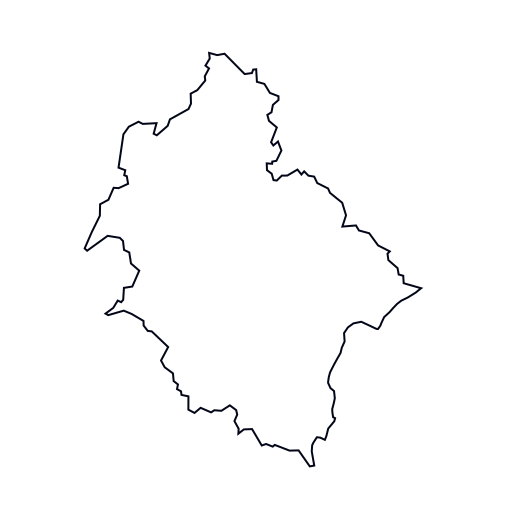 Berovo, Berovo, North Macedonia, rotated 20°
{"feature_id": "65306769B82535052466784", "entity_name": "Berovo", "entity_type": "district", "adm_level": 2, "iso_a3": "MKD", "parent_name": "North Macedonia", "parent_adm1": "Berovo", "projection": "orthographic", "projection_center": [22.828, 41.67], "detail": "fine", "context": "isolated", "style": "outline", "palette": "ink", "viewbox_px": 512, "rotation_deg": 20, "n_neighbors": 0, "source": "geoboundaries", "source_scale": "gbopen_adm2", "svg_char_len": 2335}
<svg xmlns="http://www.w3.org/2000/svg" viewBox="0 0 512 512"><g transform="rotate(20 256 256)"><path d="M222.5,98.2L213.3,98.0L205.0,91.4L197.3,92.0L192.3,80.5L189.6,81.8L189.6,85.5L183.1,88.9L157.3,76.7L150.8,80.5L142.5,81.2L145.0,86.3L143.4,94.4L147.7,95.8L146.4,104.6L148.3,108.5L144.1,120.2L139.1,125.8L142.8,135.1L142.3,141.0L128.4,157.0L128.5,163.9L121.5,176.5L118.0,176.1L117.1,165.2L104.4,170.6L99.7,170.0L92.3,178.0L89.8,187.0L96.6,220.0L103.8,220.1L104.6,225.2L107.3,225.2L111.1,231.9L103.7,239.2L98.9,240.6L98.1,253.6L91.8,260.7L95.5,271.6L93.5,289.8L92.4,307.5L95.5,308.8L109.7,287.8L121.8,285.5L125.9,287.4L129.9,295.4L135.7,296.0L141.1,305.8L151.3,309.7L150.2,327.0L142.8,331.1L146.2,342.6L145.1,345.5L141.3,345.2L139.6,353.6L134.3,361.6L137.4,362.1L150.4,352.6L159.0,353.0L172.5,355.5L174.2,359.8L179.9,363.4L183.8,362.5L204.6,371.6L202.5,386.7L208.3,391.8L218.1,394.7L221.4,401.7L226.6,403.4L227.3,408.1L231.8,408.8L233.5,412.0L240.5,411.0L245.0,423.5L251.9,424.5L255.9,417.6L267.3,418.3L269.6,415.2L276.4,413.3L282.5,405.3L290.1,407.6L292.6,411.5L292.2,418.5L298.8,424.3L300.2,429.0L303.9,423.1L311.5,420.0L326.2,432.1L329.8,429.2L336.9,429.4L338.2,427.1L354.1,427.4L362.5,424.1L378.5,435.3L382.4,433.0L375.2,420.5L373.5,414.6L373.8,411.6L375.2,405.5L378.5,404.7L383.6,405.2L383.7,401.3L382.9,393.4L386.1,384.5L385.8,381.3L383.6,381.1L381.3,376.9L380.0,373.9L379.4,367.4L378.7,362.7L375.5,356.2L371.2,354.7L367.1,350.5L366.5,348.2L365.8,344.7L365.4,339.9L366.5,331.0L367.5,324.6L368.6,318.3L368.3,315.6L368.0,312.9L368.5,306.0L365.1,298.3L366.8,291.6L370.6,286.0L377.4,281.8L385.7,282.5L394.0,283.3L395.6,282.9L396.7,279.0L396.7,276.7L397.3,269.6L400.7,263.1L402.5,258.4L405.0,252.7L407.8,248.3L412.8,243.1L418.7,235.6L421.3,231.2L422.2,229.8L404.1,231.1L401.1,224.2L396.4,224.6L393.2,219.0L381.8,214.6L378.8,208.9L380.1,205.9L367.1,204.3L354.6,195.9L344.0,196.8L339.5,193.1L327.1,198.8L326.7,187.0L318.8,176.5L304.0,171.4L300.6,167.9L288.6,166.5L283.5,161.5L277.8,162.6L272.3,160.0L270.8,163.9L265.4,160.6L257.9,169.7L252.8,171.6L249.7,178.0L246.5,178.7L242.6,173.3L237.0,171.6L234.4,165.3L239.6,163.8L239.0,161.7L242.6,159.6L243.8,148.2L237.5,140.9L234.5,146.2L231.3,144.0L231.6,128.1L222.0,124.6L218.4,119.5L221.4,115.6L220.2,108.2L223.8,101.7L222.5,98.2Z" fill="none" stroke="#020617" stroke-width="2"/></g></svg>